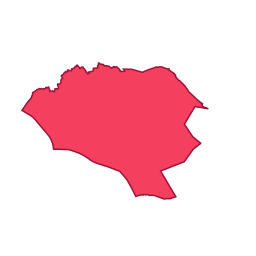 Stange nor, Hedmark, Norway, rotated 325°
{"feature_id": "86288312B89753737771336", "entity_name": "Stange nor", "entity_type": "district", "adm_level": 2, "iso_a3": "NOR", "parent_name": "Norway", "parent_adm1": "Hedmark", "projection": "orthographic", "projection_center": [11.491, 60.626], "detail": "fine", "context": "isolated", "style": "filled", "palette": "rose", "viewbox_px": 256, "rotation_deg": 325, "n_neighbors": 0, "source": "geoboundaries", "source_scale": "gbopen_adm2", "svg_char_len": 5154}
<svg xmlns="http://www.w3.org/2000/svg" viewBox="0 0 256 256"><g transform="rotate(325 128 128)"><path d="M104.8,46.9L103.5,46.8L103.3,47.0L103.4,47.3L103.2,47.5L103.2,48.3L102.7,50.0L101.3,49.7L100.8,50.4L100.1,50.8L100.1,51.3L99.0,52.2L98.5,52.4L98.6,52.6L98.0,52.9L96.6,52.6L96.3,52.4L95.7,51.6L95.4,51.8L94.7,52.8L94.7,53.2L94.7,53.5L94.6,53.8L94.6,54.0L94.4,54.6L94.2,55.3L93.7,55.6L93.1,55.8L92.7,55.7L92.4,55.1L92.1,54.8L91.7,55.0L91.3,54.6L90.9,54.3L90.9,54.1L90.7,54.0L90.3,54.4L90.2,54.6L89.6,55.2L88.3,56.0L88.1,55.4L87.9,54.9L87.7,54.5L87.3,54.2L86.4,54.0L85.0,53.2L85.2,52.8L85.5,52.4L85.8,52.1L85.6,51.4L86.2,49.7L86.4,49.6L86.5,49.4L86.5,49.0L86.3,49.0L85.9,49.2L85.7,49.2L84.7,48.9L84.5,48.6L84.6,48.4L84.8,48.2L84.0,47.7L83.7,47.8L83.1,48.1L82.7,48.2L81.5,47.8L81.4,47.7L81.3,47.3L81.0,47.2L80.4,47.2L80.1,47.0L79.9,46.7L79.5,46.0L78.2,45.4L78.1,45.0L77.9,44.8L76.5,44.7L75.2,44.3L74.9,44.7L70.2,44.3L68.3,46.6L68.0,46.6L67.6,46.5L66.2,47.8L60.2,49.4L51.2,52.8L55.1,61.3L56.1,64.1L56.5,65.6L58.5,87.1L58.6,90.4L58.4,92.4L58.2,94.1L57.4,97.4L56.0,100.6L54.8,102.6L66.8,111.5L67.5,112.4L68.1,113.0L71.4,117.5L72.3,119.0L73.1,120.0L74.3,122.0L75.6,124.4L76.0,125.4L76.3,126.1L77.1,127.8L78.0,130.2L78.3,130.9L78.9,133.0L79.8,135.0L82.0,138.7L82.3,139.2L89.2,148.1L96.5,159.0L97.5,169.8L96.4,180.6L95.1,188.5L98.8,189.7L101.2,190.8L101.3,190.9L101.8,191.1L101.9,191.4L102.2,191.4L102.3,191.6L102.6,191.5L103.0,191.8L104.0,192.7L104.2,193.1L104.4,193.2L105.1,193.2L105.6,193.5L106.2,194.3L106.5,195.0L106.7,195.3L107.1,195.5L111.2,198.6L112.0,200.0L115.9,205.5L116.7,206.7L117.3,207.1L119.6,208.4L120.2,208.8L121.2,209.6L122.4,210.3L124.1,210.6L126.9,211.5L127.8,211.7L128.6,200.0L130.0,181.9L154.8,187.9L169.3,182.8L178.7,182.3L178.8,182.1L176.0,172.3L176.3,161.0L176.2,157.4L187.3,152.3L195.2,148.9L204.8,158.3L204.7,158.1L204.4,157.7L204.0,157.0L203.9,156.7L203.6,156.6L203.7,156.3L203.4,155.7L203.0,155.5L202.8,155.4L202.5,154.9L202.0,154.6L201.8,154.2L201.9,153.8L201.7,153.5L201.6,153.3L201.6,152.6L201.7,152.2L201.6,151.9L202.4,151.4L202.5,151.3L202.6,151.1L202.9,150.9L202.8,150.7L202.6,150.5L202.2,150.4L202.3,150.1L202.4,149.8L202.4,149.7L202.5,149.6L202.4,149.4L202.3,149.0L201.9,148.8L201.8,148.4L201.9,148.1L201.6,147.9L201.5,147.4L201.5,147.0L201.6,146.3L201.5,146.1L201.5,145.9L201.4,145.7L201.0,145.0L199.7,138.4L198.6,133.4L198.6,133.2L198.5,132.6L198.6,132.2L198.6,131.9L198.6,131.7L198.8,131.5L198.7,126.6L198.7,125.9L197.5,119.1L197.3,118.8L197.1,118.6L197.2,118.3L196.8,117.6L196.7,117.2L196.7,116.9L196.8,116.5L196.6,116.2L196.5,115.7L196.6,115.4L196.5,114.9L196.6,114.5L196.5,114.4L196.5,114.2L196.6,113.7L196.4,113.5L196.5,113.3L196.4,113.2L196.5,112.9L196.6,112.6L197.1,112.1L197.3,111.9L197.2,111.8L197.0,111.0L196.8,110.5L196.8,110.1L196.7,109.9L197.0,109.8L196.9,109.7L196.8,109.4L196.7,109.2L196.7,108.9L196.6,108.6L195.3,105.4L195.3,105.0L195.1,104.6L195.1,104.4L194.7,103.8L194.9,103.6L195.3,103.6L195.4,103.3L195.5,103.1L194.5,102.4L192.6,100.2L190.9,97.6L190.1,96.8L186.8,94.9L186.5,94.8L186.5,94.6L185.7,94.0L185.2,94.0L178.3,92.1L174.3,91.1L171.8,90.7L166.0,83.6L164.3,81.6L161.9,80.0L158.1,77.2L158.2,78.4L158.2,79.0L158.2,79.4L158.2,79.5L157.4,79.4L157.2,79.1L156.9,78.9L156.2,78.9L155.7,78.5L155.6,78.2L154.9,77.7L154.4,77.4L154.2,77.2L154.4,76.8L154.6,76.6L154.5,76.2L154.5,75.7L154.5,75.2L154.4,75.0L154.5,74.5L154.5,74.2L154.4,73.9L154.4,73.7L154.2,73.2L154.2,72.5L154.0,72.3L154.0,71.8L153.6,71.2L153.4,71.1L153.0,71.1L152.9,71.0L152.9,70.9L152.5,70.8L152.3,70.6L152.3,70.3L152.2,70.2L151.9,69.9L151.8,70.1L151.6,70.4L151.1,70.0L151.0,69.6L150.7,69.6L150.2,69.9L149.9,69.5L149.6,69.4L149.3,69.5L149.2,69.5L149.2,69.3L149.2,69.2L148.9,69.1L148.7,69.1L148.4,68.7L148.3,68.4L148.2,68.2L148.2,67.9L148.1,67.5L148.1,67.0L148.0,66.9L147.7,66.7L147.7,66.4L147.6,66.2L147.2,65.8L146.8,65.3L146.5,65.3L146.1,65.1L146.1,64.7L145.9,64.4L145.5,64.4L145.4,64.3L145.1,64.1L144.3,63.8L144.3,63.7L144.2,63.5L144.2,63.3L144.2,62.9L144.0,62.5L144.1,62.4L144.3,62.4L144.3,62.0L143.9,62.0L143.9,61.8L143.5,61.4L143.3,60.8L143.1,60.6L142.7,60.6L142.6,60.4L142.3,60.3L142.1,60.2L142.0,59.8L142.0,59.5L141.9,59.1L141.7,58.9L141.6,58.6L141.5,58.4L141.5,58.0L140.9,58.1L141.0,58.5L141.0,58.8L140.6,58.8L140.2,58.9L139.8,59.2L138.7,59.7L138.6,59.8L138.6,60.2L138.2,60.7L137.4,61.3L135.0,59.8L134.6,59.4L134.3,59.3L133.5,59.5L133.2,59.8L133.1,60.1L133.1,60.7L132.0,61.3L127.8,59.6L127.9,60.3L127.9,60.7L126.1,60.5L126.0,58.6L125.9,58.6L125.9,58.4L125.8,57.9L126.1,57.1L126.1,56.5L126.0,56.2L126.2,55.7L126.2,54.9L125.9,53.7L125.9,52.9L126.0,52.3L125.7,52.2L125.2,51.6L124.2,51.5L123.0,51.7L122.6,51.6L122.8,49.9L122.4,47.3L122.1,47.2L121.8,47.3L121.6,47.5L121.3,47.7L120.9,47.8L120.3,47.3L120.1,47.4L119.7,47.4L119.5,47.7L119.1,47.9L118.4,47.8L117.9,48.0L116.6,47.6L116.5,47.4L115.9,47.2L115.8,47.3L115.7,47.6L115.6,48.1L115.0,48.0L114.7,48.4L114.4,48.6L112.7,47.0L112.5,46.6L112.3,46.1L112.2,46.0L111.9,46.4L111.8,46.8L111.1,46.5L111.1,46.8L109.5,47.0L109.5,46.8L109.4,46.5L109.4,46.4L109.5,46.1L109.8,46.0L109.4,46.0L107.0,46.3L106.4,46.7L106.0,47.2L104.8,46.9Z" fill="#f43f5e" stroke="#9f1239" stroke-width="1.5"/></g></svg>